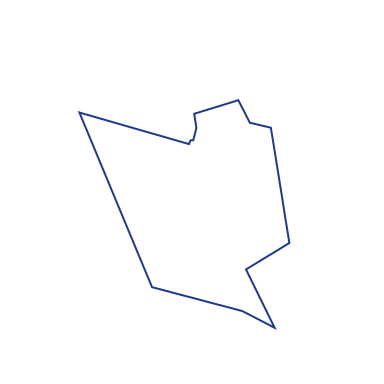 Pavussu, Piauí, Brazil, rotated 298°
{"feature_id": "56859067B97790054210701", "entity_name": "Pavussu", "entity_type": "district", "adm_level": 2, "iso_a3": "BRA", "parent_name": "Brazil", "parent_adm1": "Piauí", "projection": "equal_earth", "projection_center": [-43.283, -7.908], "detail": "fine", "context": "isolated", "style": "outline", "palette": "blue", "viewbox_px": 384, "rotation_deg": 298, "n_neighbors": 0, "source": "geoboundaries", "source_scale": "gbopen_adm2", "svg_char_len": 450}
<svg xmlns="http://www.w3.org/2000/svg" viewBox="0 0 384 384"><g transform="rotate(298 192 192)"><path d="M89.2,201.4L110.5,292.4L110.9,328.7L149.0,276.0L166.8,286.6L192.7,301.9L218.0,282.7L222.1,279.7L276.8,238.3L285.8,231.4L280.3,210.6L294.8,189.8L263.5,158.6L262.1,157.2L250.6,165.8L238.3,168.8L237.1,166.6L234.9,166.5L232.9,166.8L221.3,112.1L220.8,109.7L209.3,55.3L200.9,65.5L89.2,201.4Z" fill="none" stroke="#1e3a8a" stroke-width="2"/></g></svg>